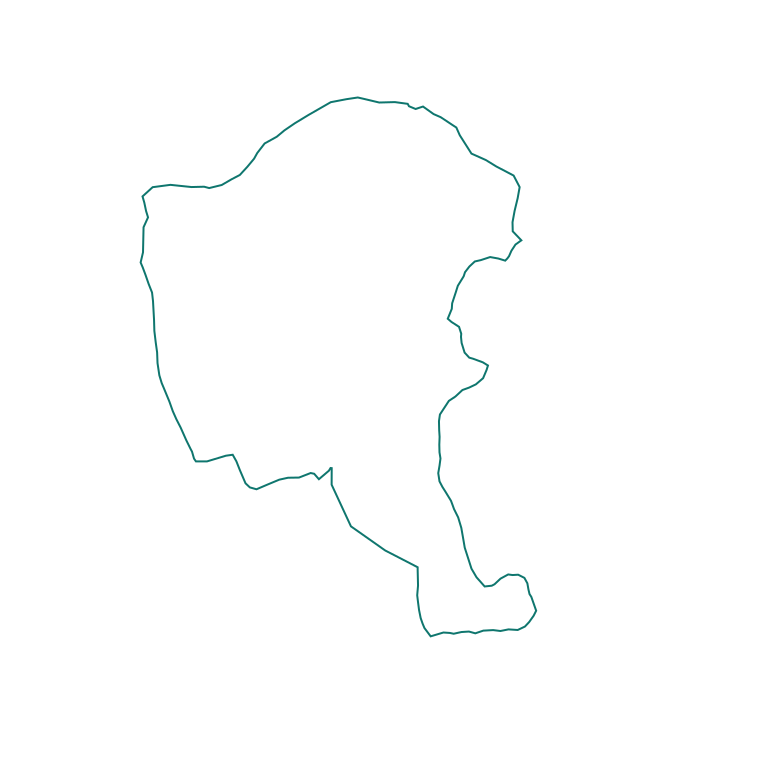 Qaha, Al Qalyubiyah, Egypt (Mercator projection), rotated 156°
{"feature_id": "37247803B19157845766633", "entity_name": "Qaha", "entity_type": "district", "adm_level": 2, "iso_a3": "EGY", "parent_name": "Egypt", "parent_adm1": "Al Qalyubiyah", "projection": "mercator", "projection_center": [31.21, 30.293], "detail": "fine", "context": "isolated", "style": "outline", "palette": "teal", "viewbox_px": 768, "rotation_deg": 156, "n_neighbors": 0, "source": "geoboundaries", "source_scale": "gbopen_adm2", "svg_char_len": 2422}
<svg xmlns="http://www.w3.org/2000/svg" viewBox="0 0 768 768"><g transform="rotate(156 384 384)"><path d="M556.9,594.0L557.0,588.6L557.5,580.6L558.3,571.3L558.7,561.9L561.3,553.7L568.0,536.1L572.2,525.9L575.7,514.6L578.4,505.2L582.4,495.2L585.7,483.3L586.7,475.3L586.8,470.2L587.2,455.3L588.0,445.0L588.0,436.2L587.5,426.9L587.5,417.6L587.5,412.9L587.1,403.0L586.9,400.3L587.9,393.1L587.3,389.8L577.3,385.3L557.6,382.8L551.0,380.9L550.3,373.4L550.7,364.0L550.9,349.6L548.6,344.1L543.3,339.7L530.9,339.5L518.6,339.2L509.8,337.4L499.7,333.1L487.2,332.5L484.3,330.4L482.2,323.5L469.6,327.2L467.0,329.0L466.5,328.7L466.0,328.4L472.8,313.3L472.1,267.4L450.6,231.4L427.8,202.9L428.9,200.4L434.9,186.0L439.6,177.5L441.7,170.7L443.9,163.3L445.7,155.3L446.2,149.4L446.3,144.6L444.0,134.5L430.8,132.8L425.1,129.8L421.9,127.5L414.1,125.9L407.1,123.3L402.0,119.1L393.6,118.3L384.4,114.8L378.1,111.0L370.1,109.2L361.9,104.9L353.9,105.1L348.2,107.5L345.0,109.4L341.6,111.4L337.2,115.0L336.0,129.6L336.5,132.9L335.6,137.6L334.1,143.6L334.6,149.8L339.0,155.2L344.3,157.2L348.0,159.5L356.7,158.8L364.5,156.1L367.6,155.9L374.4,158.1L378.1,169.8L379.2,179.7L376.8,201.7L374.8,209.5L371.9,221.1L370.5,232.0L370.9,241.3L370.6,245.3L370.3,250.0L371.7,260.8L372.5,266.2L372.9,272.5L370.7,280.5L366.5,286.8L362.7,293.0L361.1,299.0L358.1,306.2L354.7,313.1L352.4,319.3L348.9,327.7L345.3,333.4L331.6,342.2L323.9,343.5L314.8,346.6L307.8,346.1L300.2,346.3L291.1,349.0L284.6,355.1L281.5,358.6L284.9,363.6L292.4,370.9L295.4,373.4L297.6,379.9L296.4,389.9L294.5,395.7L293.0,398.5L292.2,405.7L297.1,413.2L299.2,417.7L291.5,425.1L288.9,430.0L281.2,438.5L276.6,443.7L267.4,450.0L264.5,453.2L258.2,456.6L251.2,459.0L245.2,457.8L235.4,456.8L228.5,452.1L223.1,447.4L220.3,448.5L217.8,449.9L213.4,453.9L207.2,457.9L200.1,459.4L204.3,471.1L200.8,479.5L194.3,489.0L186.3,499.4L180.0,508.7L180.8,521.7L192.9,537.0L199.9,547.2L210.4,558.9L213.6,580.4L213.6,588.9L216.2,592.9L223.7,604.7L228.9,610.4L235.5,621.6L243.3,622.4L248.2,627.6L248.4,630.3L259.4,637.1L273.9,643.1L282.8,649.9L287.0,653.1L291.4,656.4L302.6,659.5L318.0,663.1L343.4,660.5L359.2,658.5L371.8,656.2L381.4,653.5L395.2,652.3L405.8,646.6L411.0,642.7L420.5,638.0L430.7,633.6L440.1,633.0L451.3,631.8L464.0,634.1L468.1,637.4L479.7,642.2L498.1,652.8L515.3,657.9L528.3,653.6L529.2,647.2L531.0,638.8L531.8,632.2L539.9,625.0L550.6,602.3L556.9,594.0Z" fill="none" stroke="#0f766e" stroke-width="2"/></g></svg>